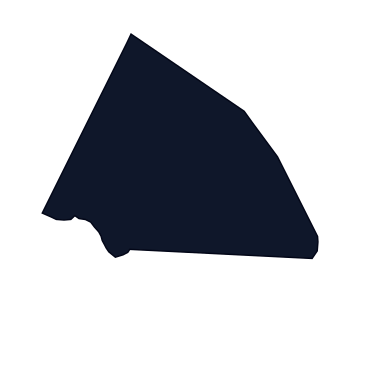 outline of Riachuelo, Rio Grande do Norte, Brazil, rotated 303°
{"feature_id": "56859067B3974475260071", "entity_name": "Riachuelo", "entity_type": "district", "adm_level": 2, "iso_a3": "BRA", "parent_name": "Brazil", "parent_adm1": "Rio Grande do Norte", "projection": "robinson", "projection_center": [-35.891, -5.815], "detail": "fine", "context": "isolated", "style": "filled", "palette": "ink", "viewbox_px": 384, "rotation_deg": 303, "n_neighbors": 0, "source": "geoboundaries", "source_scale": "gbopen_adm2", "svg_char_len": 549}
<svg xmlns="http://www.w3.org/2000/svg" viewBox="0 0 384 384"><g transform="rotate(303 192 192)"><path d="M92.8,77.9L94.4,87.7L95.1,93.1L98.8,99.9L103.0,105.3L108.4,106.6L108.2,111.7L110.9,117.6L111.6,123.5L109.5,129.3L107.8,135.5L105.4,139.9L102.4,143.2L100.4,146.9L98.3,150.6L96.5,154.9L95.6,163.2L101.8,168.4L106.5,171.0L110.0,171.0L201.7,328.9L210.8,329.1L218.7,324.8L223.1,321.5L268.1,244.5L283.1,204.6L288.1,191.8L291.2,54.9L281.6,56.2L232.1,61.9L224.9,62.7L162.1,69.9L92.8,77.9Z" fill="#0f172a" stroke="#020617" stroke-width="1.5"/></g></svg>